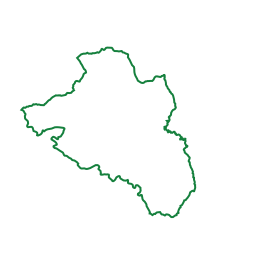 Gachantivá, Boyacá, Colombia (orthographic projection), rotated 310°
{"feature_id": "7082276B31278736164572", "entity_name": "Gachantivá", "entity_type": "district", "adm_level": 2, "iso_a3": "COL", "parent_name": "Colombia", "parent_adm1": "Boyacá", "projection": "orthographic", "projection_center": [-73.547, 5.741], "detail": "fine", "context": "isolated", "style": "outline", "palette": "green", "viewbox_px": 256, "rotation_deg": 310, "n_neighbors": 0, "source": "geoboundaries", "source_scale": "gbopen_adm2", "svg_char_len": 5710}
<svg xmlns="http://www.w3.org/2000/svg" viewBox="0 0 256 256"><g transform="rotate(310 128 128)"><path d="M182.9,73.7L180.8,71.8L180.1,70.5L178.3,68.2L178.2,66.9L179.0,64.7L179.0,64.0L176.3,60.5L175.3,59.7L173.0,59.7L172.3,59.4L171.9,57.2L171.4,57.0L170.4,57.4L168.3,57.4L167.0,57.2L166.6,56.9L166.3,55.8L165.2,55.3L163.8,54.3L162.4,52.6L161.8,52.6L161.3,52.2L161.1,51.7L159.7,50.0L159.5,48.5L157.9,47.9L156.3,46.1L154.3,44.8L149.0,44.0L148.1,48.4L147.1,50.5L146.8,51.9L144.9,56.4L145.0,57.5L144.8,58.3L144.4,59.2L143.5,60.2L141.7,59.5L140.7,59.4L138.8,60.2L137.0,60.6L134.1,60.6L132.7,61.1L132.4,61.0L132.2,60.8L131.2,58.6L130.4,58.0L129.3,57.9L128.2,58.4L125.6,58.4L124.8,59.3L123.3,59.8L123.0,60.5L122.9,61.2L122.2,61.8L122.1,62.4L120.0,61.8L118.7,61.9L118.4,61.8L117.0,60.6L116.3,59.5L115.8,59.3L115.7,58.9L114.3,58.8L113.8,59.0L113.3,59.0L109.9,56.3L109.4,55.4L109.4,54.9L108.7,54.4L108.6,54.0L108.1,53.7L106.9,52.3L106.7,51.8L103.1,50.4L101.0,50.1L99.7,50.2L98.6,49.6L97.6,49.4L93.7,49.2L92.8,48.8L92.2,49.0L91.4,48.9L89.4,46.3L89.0,45.1L88.3,44.2L87.7,43.8L87.3,42.3L85.7,41.1L85.4,40.3L85.2,40.2L83.7,40.2L82.7,39.7L81.6,38.4L81.2,38.1L80.4,38.0L79.2,36.7L78.0,36.5L77.3,36.2L76.9,35.3L76.7,35.0L75.5,34.7L73.4,34.7L74.0,36.5L73.9,37.2L73.0,39.4L72.8,40.5L72.2,40.9L70.9,41.3L69.2,43.0L69.0,43.6L68.9,46.5L68.4,47.4L67.2,48.6L65.1,49.2L64.4,49.8L64.3,50.2L64.4,50.9L66.6,53.0L66.9,53.5L67.0,54.2L66.8,55.0L65.0,57.6L65.9,60.0L66.0,61.4L65.2,62.3L64.0,63.0L64.1,63.4L64.4,63.9L65.5,64.5L66.8,65.1L68.1,65.3L69.4,65.1L71.1,64.3L71.5,64.4L71.6,65.9L72.4,66.1L73.2,66.2L74.2,66.6L75.4,67.3L78.5,69.9L81.5,71.5L82.8,72.9L84.0,74.4L86.5,78.3L86.7,78.8L86.8,79.5L86.5,79.9L84.6,80.4L82.7,81.4L78.4,81.9L77.9,81.7L76.5,80.7L76.2,80.5L74.8,81.4L74.3,81.4L73.9,80.5L73.9,78.6L73.5,76.9L73.2,76.4L72.7,76.2L71.0,76.1L70.5,76.3L70.1,76.8L70.6,80.7L70.5,82.3L69.9,83.8L69.5,84.1L69.1,84.0L66.5,82.7L66.2,82.7L65.7,83.1L65.5,84.6L66.4,86.4L66.8,90.4L67.3,93.7L67.2,94.3L66.2,96.3L66.1,97.2L67.1,98.7L67.3,99.4L67.3,101.8L67.9,104.1L67.6,105.9L68.7,107.9L69.0,110.8L68.7,112.8L67.7,113.0L67.2,113.5L66.7,117.4L67.2,118.6L69.0,120.5L69.7,122.2L70.7,123.3L73.0,124.8L78.8,127.1L80.0,128.6L80.2,129.6L80.0,130.6L79.5,131.2L77.8,131.6L77.5,131.9L77.5,133.5L77.4,134.6L75.9,136.3L75.1,136.6L74.9,137.4L75.9,138.5L77.5,139.8L78.3,141.1L79.4,142.2L79.9,143.3L79.3,144.0L78.0,144.9L77.8,145.3L77.7,149.4L77.4,149.9L77.4,150.3L77.8,150.9L78.6,151.2L80.4,151.4L81.4,151.1L82.8,150.9L84.4,151.4L85.4,152.0L85.6,152.4L85.6,152.9L84.7,154.1L84.5,154.9L85.0,158.3L86.3,160.2L88.0,161.2L87.8,161.8L86.1,163.1L85.9,163.5L86.0,164.2L87.3,166.4L87.5,167.9L87.3,168.4L86.1,169.7L85.9,170.2L86.1,171.4L86.6,171.8L87.4,171.7L88.3,171.2L89.0,171.0L89.4,171.1L90.1,171.8L90.4,172.7L90.2,176.0L89.2,176.8L88.3,177.8L87.2,178.3L86.2,178.5L84.1,177.9L83.2,178.5L83.2,179.0L83.5,180.1L84.2,180.8L85.0,180.9L85.3,181.3L85.4,181.8L82.9,184.8L82.4,186.1L82.3,188.3L81.6,190.5L81.3,191.2L80.1,192.5L78.0,198.1L77.4,199.0L76.9,199.1L76.4,199.5L76.9,200.2L77.0,202.7L79.1,203.2L79.6,204.1L80.5,204.1L81.9,204.4L84.2,206.6L84.0,207.4L83.6,208.0L83.5,209.4L84.2,210.4L84.7,212.5L86.4,212.8L87.3,214.1L87.8,215.4L87.6,218.4L88.7,219.7L91.4,220.4L92.4,221.2L93.0,220.7L93.8,220.5L95.3,221.3L95.6,221.1L95.7,220.5L96.2,220.2L97.9,219.5L99.8,219.0L101.0,219.3L102.1,218.2L103.4,218.8L104.2,218.8L107.1,218.2L108.7,217.6L109.8,218.5L111.6,218.4L112.4,218.5L115.9,218.2L118.7,217.0L121.0,217.6L121.7,218.1L121.9,219.2L122.1,219.3L125.2,218.0L125.8,217.6L127.0,216.3L127.5,216.1L127.9,214.7L128.5,214.6L129.5,213.9L130.8,211.8L132.2,210.7L132.4,210.5L132.1,210.0L132.2,209.6L133.6,208.6L134.7,207.6L134.9,207.3L134.9,206.5L136.2,205.9L137.7,203.1L138.2,201.5L139.2,200.1L139.5,199.2L141.4,197.3L141.4,196.1L141.9,195.6L144.2,194.8L145.0,194.2L145.2,192.4L145.6,191.5L145.7,187.3L146.6,186.3L147.2,184.7L147.6,184.5L148.4,184.4L149.2,184.7L150.8,184.8L151.4,185.3L152.2,185.2L152.4,185.0L152.3,184.3L152.0,183.5L152.4,183.0L152.8,181.7L153.7,180.9L155.0,180.5L155.5,179.7L156.6,178.9L156.5,178.6L155.4,178.7L154.5,178.3L154.4,178.0L155.0,177.6L155.1,176.9L154.0,176.6L152.8,175.3L153.0,175.0L155.1,175.2L155.4,175.1L155.5,174.9L155.1,174.2L155.8,172.5L155.6,171.0L154.1,170.0L153.8,169.5L154.1,168.9L154.0,168.3L154.5,168.1L154.3,167.3L154.7,166.8L155.0,166.1L154.4,165.4L152.9,165.1L152.0,163.9L152.6,163.2L152.6,162.6L152.3,162.3L151.9,162.4L150.5,161.5L150.6,161.1L151.1,161.0L152.0,161.4L152.2,161.0L152.2,160.4L151.6,160.0L151.0,159.0L151.6,158.0L151.6,157.3L150.5,157.0L150.7,156.5L152.3,155.2L152.8,155.5L153.2,156.5L154.0,156.2L155.4,156.3L156.1,156.2L156.5,155.5L157.0,155.0L157.7,155.1L158.8,155.0L158.3,154.3L158.5,153.3L159.7,154.5L160.7,154.7L161.2,154.4L161.7,153.5L162.3,153.1L162.5,152.3L162.7,152.2L163.1,152.2L163.4,152.6L164.3,152.4L165.2,152.6L166.5,152.0L167.1,151.4L169.1,150.9L170.8,150.9L172.4,151.7L174.1,151.6L174.6,151.3L174.8,150.5L175.2,150.3L175.6,149.6L177.0,148.6L177.3,147.1L179.5,144.9L181.8,141.7L182.4,140.2L182.2,139.1L182.9,137.5L182.9,136.9L182.7,136.7L183.6,135.3L184.0,132.9L185.0,131.3L185.0,130.5L185.8,129.0L186.7,128.3L188.5,126.0L188.5,125.3L189.0,124.2L189.7,124.0L190.1,123.8L190.3,123.4L190.7,123.3L191.9,122.2L192.0,121.8L191.5,121.3L190.7,121.4L189.5,120.4L188.3,120.3L187.8,119.9L186.2,117.0L185.4,116.2L183.9,115.9L181.5,116.5L179.7,116.4L178.2,114.6L177.2,113.7L176.8,113.0L175.5,112.1L174.9,111.4L173.2,111.1L172.2,110.6L171.6,109.9L171.1,108.7L170.6,105.1L171.5,103.4L172.8,100.1L173.8,98.4L174.9,97.0L177.7,94.4L178.6,93.2L178.8,90.7L181.3,85.3L182.1,82.6L182.2,82.4L182.8,82.1L184.3,80.9L184.4,80.3L183.5,78.1L183.3,76.6L182.5,75.3L182.9,73.7Z" fill="none" stroke="#15803d" stroke-width="2"/></g></svg>